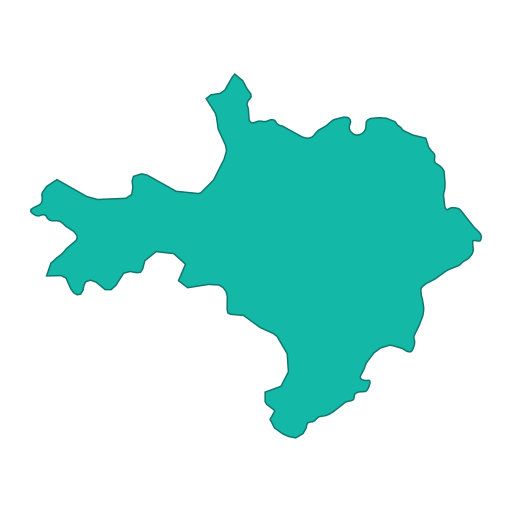 an SVG outline of Gard
{"feature_id": "FRA-5293", "entity_name": "Gard", "entity_type": "Metropolitan department", "adm_level": 1, "iso_a3": "FRA", "parent_name": "France", "parent_adm1": "", "projection": "natural_earth1", "projection_center": [4.221, 43.959], "detail": "fine", "context": "isolated", "style": "filled", "palette": "teal", "viewbox_px": 512, "rotation_deg": 0, "n_neighbors": 0, "source": "natural_earth", "source_scale": "10m", "svg_char_len": 3922}
<svg xmlns="http://www.w3.org/2000/svg" viewBox="0 0 512 512"><path d="M295.7,437.9L288.7,436.5L282.5,433.7L274.6,428.0L270.1,419.4L274.6,411.3L274.1,410.0L266.6,404.3L265.1,401.5L265.1,392.1L281.0,386.3L288.4,371.9L287.2,353.7L277.1,336.4L273.3,333.5L260.3,327.6L243.5,315.4L230.7,314.3L227.9,313.0L227.1,309.2L227.3,296.1L225.9,291.3L223.2,287.6L219.0,285.0L208.7,284.4L187.7,287.7L178.5,280.7L185.5,264.2L173.8,253.6L156.1,251.6L144.8,260.8L142.7,268.8L140.5,272.3L136.8,272.7L130.0,271.5L123.6,273.2L115.8,285.5L111.0,289.7L105.1,289.6L96.1,282.1L90.5,280.2L85.7,281.7L83.9,285.6L83.0,290.2L80.7,294.1L77.3,294.8L73.9,292.9L71.1,289.4L66.1,278.2L61.4,275.6L46.6,275.9L50.9,263.2L53.2,261.3L56.2,258.3L61.2,254.6L63.2,252.7L66.5,248.6L75.7,240.8L75.9,240.5L76.4,239.9L77.1,237.9L77.0,235.6L75.0,232.8L72.9,230.8L65.9,226.3L61.9,222.6L59.6,221.2L57.1,220.8L51.8,220.8L49.5,220.1L47.5,218.4L46.0,215.8L44.0,214.7L41.6,215.0L39.0,215.9L36.6,215.7L34.2,214.6L32.0,213.1L30.7,211.4L30.9,209.5L33.7,207.6L39.3,204.9L41.6,202.8L42.3,199.8L41.8,194.8L42.4,192.4L46.8,186.3L56.9,179.6L86.7,196.5L97.5,199.5L125.9,198.3L131.7,194.5L132.9,187.4L132.1,181.1L133.5,176.4L141.7,173.8L147.3,175.2L176.2,191.3L197.9,193.5L200.6,193.0L213.5,180.2L224.2,159.0L226.5,150.8L225.6,145.4L218.2,129.1L216.5,117.1L215.3,113.1L206.2,98.7L210.9,94.8L220.1,93.4L224.8,90.2L232.2,77.2L234.8,74.1L242.8,80.8L247.0,88.8L250.8,93.9L251.1,96.9L249.8,98.9L248.1,100.7L246.9,104.1L248.3,108.7L249.2,120.3L250.8,122.4L253.1,122.9L258.3,121.2L260.9,121.1L263.4,121.6L266.0,121.5L271.0,119.6L274.0,120.0L275.4,121.2L277.0,123.7L279.3,125.3L282.6,126.2L302.3,137.0L305.6,138.0L308.7,138.2L311.2,137.5L313.4,136.0L316.7,131.9L318.6,130.1L326.1,125.9L332.5,120.4L334.9,119.3L343.8,117.1L347.7,117.4L349.8,119.1L350.6,121.3L350.2,123.7L349.4,125.9L349.3,128.6L350.3,131.2L353.7,134.3L356.8,135.1L360.0,134.6L362.7,133.1L364.5,131.2L365.5,129.1L366.0,126.8L366.2,122.1L367.6,120.0L370.4,118.5L379.1,117.7L386.3,118.2L394.9,121.7L396.2,123.2L396.8,124.3L397.6,125.2L399.8,126.7L400.8,127.5L402.2,129.5L403.2,130.3L404.9,131.3L412.7,135.0L425.8,138.2L428.5,146.9L431.4,150.9L433.8,153.3L434.6,154.9L434.9,156.3L434.6,158.0L434.5,160.9L435.1,162.6L436.2,163.6L439.8,165.8L442.3,168.3L443.4,170.0L444.1,171.6L445.0,182.5L445.0,185.4L444.6,189.9L444.3,191.3L443.9,192.4L443.7,193.7L443.5,195.4L444.8,206.6L445.5,208.5L446.6,209.6L447.6,209.5L449.7,208.4L451.0,207.9L452.4,207.6L455.6,207.9L457.1,208.2L459.1,208.9L460.5,210.1L474.1,227.3L479.7,232.8L480.8,234.6L481.3,236.3L481.2,237.7L481.0,239.0L480.6,240.1L480.3,240.6L480.1,240.7L480.0,240.8L479.8,240.9L479.3,241.0L478.4,241.0L476.9,240.9L476.5,240.8L476.4,240.7L475.2,240.5L474.1,240.5L473.0,240.7L472.8,241.1L472.7,242.0L472.7,244.2L473.3,249.7L473.1,251.1L472.7,252.5L472.1,253.8L470.7,255.9L468.8,258.0L467.1,259.5L463.5,261.4L461.7,263.0L461.0,263.8L459.2,265.4L449.5,269.2L445.9,271.1L434.9,279.1L426.4,283.4L423.0,286.1L421.2,288.1L420.9,291.0L421.3,295.1L421.9,297.6L422.3,298.8L423.6,306.7L423.7,309.3L423.5,311.7L422.8,315.7L419.2,325.3L414.3,335.3L413.9,336.8L413.9,338.1L414.1,339.3L414.5,340.4L414.7,342.2L414.4,344.5L413.1,348.8L412.0,350.7L410.9,351.7L410.1,351.8L408.8,351.8L407.4,351.4L406.1,350.9L403.9,349.4L401.5,348.2L392.6,345.6L391.0,345.3L389.5,345.3L388.2,345.6L380.5,348.0L374.0,352.8L366.6,362.5L365.4,365.0L364.3,368.5L363.4,370.4L360.9,375.1L360.2,376.6L360.3,377.7L360.9,378.7L361.8,379.5L363.1,380.0L364.6,380.4L366.1,380.5L369.0,380.3L369.9,381.2L370.0,383.3L368.4,387.9L367.1,390.0L365.7,391.4L364.3,391.6L359.4,391.9L357.7,392.3L355.5,393.4L354.5,394.7L354.2,396.3L353.9,398.7L353.1,399.8L351.9,400.5L346.5,401.7L345.3,402.3L333.6,411.5L329.1,414.3L325.6,415.6L319.0,416.7L316.8,418.5L314.7,420.7L312.4,421.9L310.0,421.9L308.4,422.7L307.7,422.9L307.5,423.1L307.4,423.3L306.8,424.9L306.0,428.4L303.0,433.6L295.7,437.9Z" fill="#14b8a6" stroke="#0f766e" stroke-width="1.5"/></svg>